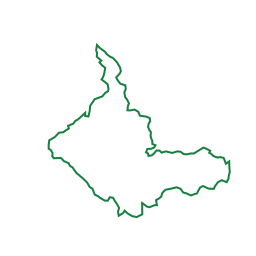 outline of Salto do Itararé, Paraná, Brazil, rotated 68°
{"feature_id": "56859067B10187530268623", "entity_name": "Salto do Itararé", "entity_type": "district", "adm_level": 2, "iso_a3": "BRA", "parent_name": "Brazil", "parent_adm1": "Paraná", "projection": "orthographic", "projection_center": [-49.691, -23.621], "detail": "fine", "context": "isolated", "style": "outline", "palette": "green", "viewbox_px": 256, "rotation_deg": 68, "n_neighbors": 0, "source": "geoboundaries", "source_scale": "gbopen_adm2", "svg_char_len": 2166}
<svg xmlns="http://www.w3.org/2000/svg" viewBox="0 0 256 256"><g transform="rotate(68 128 128)"><path d="M196.9,46.7L197.8,50.6L191.6,50.5L189.5,53.4L189.1,55.8L186.1,59.3L183.5,60.3L181.4,62.0L179.9,60.3L177.2,62.6L174.4,65.4L176.3,76.5L175.1,79.5L174.5,83.2L173.2,86.0L169.6,88.3L168.1,91.2L167.7,96.4L163.9,101.6L163.4,106.1L160.8,107.2L159.5,110.0L161.3,113.3L162.3,116.2L161.5,119.5L159.2,118.9L157.3,120.4L154.7,117.9L156.0,114.1L155.9,111.0L154.3,109.0L152.0,111.4L149.0,110.3L145.9,110.4L143.5,109.9L140.4,108.3L137.7,109.0L134.4,108.9L131.8,107.3L130.1,104.9L127.1,104.1L124.4,106.6L122.4,110.1L121.0,112.4L116.8,112.4L113.4,115.0L112.6,119.2L111.4,121.9L107.7,119.9L105.5,117.9L101.8,118.2L98.0,119.0L93.7,118.1L90.8,115.3L87.4,114.5L84.1,118.5L81.7,119.2L79.2,119.8L76.7,120.0L74.3,115.0L72.5,113.3L69.0,112.7L62.9,113.6L57.4,115.7L55.3,117.8L51.7,120.0L49.1,120.6L43.1,124.2L39.4,125.7L44.2,128.5L46.6,128.6L50.2,130.2L55.5,127.5L56.5,129.9L60.5,128.5L63.6,126.6L66.5,128.3L69.8,130.6L71.4,132.0L73.1,134.3L79.7,130.5L84.4,131.4L86.4,132.7L87.0,136.2L89.1,140.0L88.8,148.1L92.0,152.9L93.6,155.0L97.8,157.1L102.5,160.4L100.8,163.2L97.9,162.0L100.1,167.8L101.3,171.2L101.7,174.1L103.5,177.1L103.5,182.7L106.3,183.0L107.0,186.8L107.7,189.7L106.5,193.8L109.0,199.3L109.9,205.6L114.1,208.0L117.6,209.3L119.4,207.9L123.0,207.3L125.8,208.8L128.3,208.1L130.5,201.5L134.9,199.7L138.4,196.2L141.4,196.0L143.7,194.2L146.1,193.7L150.3,192.7L158.4,188.4L163.3,186.3L168.1,185.7L170.9,183.7L177.3,183.8L179.9,181.4L182.3,180.1L184.3,178.5L186.6,176.8L187.8,173.9L185.4,170.8L187.1,168.0L190.3,167.6L195.0,166.6L198.8,166.2L201.6,168.5L205.9,169.5L205.1,164.5L203.4,162.0L206.3,160.8L208.5,159.3L211.4,157.0L213.8,153.3L213.4,147.1L202.9,143.0L205.6,141.2L207.7,140.1L209.5,137.8L209.5,132.5L210.4,130.1L205.4,129.0L205.0,126.0L204.2,123.1L200.9,120.2L199.3,116.5L200.7,108.9L201.1,105.3L204.0,102.1L208.5,101.0L210.4,98.4L214.1,94.9L214.2,91.4L214.5,88.6L212.4,86.2L210.2,83.4L209.9,80.2L214.4,76.0L216.6,71.1L214.9,69.6L211.9,64.9L211.6,60.5L215.2,56.8L212.5,53.7L210.2,52.6L206.9,50.1L202.9,48.9L196.9,46.7Z" fill="none" stroke="#15803d" stroke-width="2"/></g></svg>